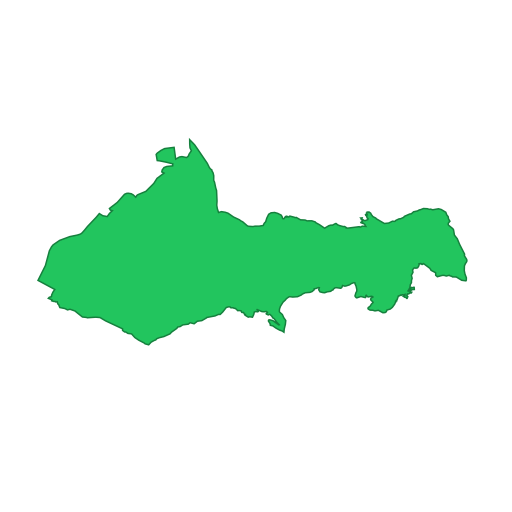 outline of Milcoiu, Vâlcea, Romania, rotated 189°
{"feature_id": "2599482B82610834296964", "entity_name": "Milcoiu", "entity_type": "district", "adm_level": 2, "iso_a3": "ROU", "parent_name": "Romania", "parent_adm1": "Vâlcea", "projection": "natural_earth1", "projection_center": [24.434, 45.034], "detail": "fine", "context": "isolated", "style": "filled", "palette": "green", "viewbox_px": 512, "rotation_deg": 189, "n_neighbors": 0, "source": "geoboundaries", "source_scale": "gbopen_adm2", "svg_char_len": 6086}
<svg xmlns="http://www.w3.org/2000/svg" viewBox="0 0 512 512"><g transform="rotate(189 256 256)"><path d="M369.6,342.2L370.5,340.7L368.5,334.8L366.3,334.9L359.3,334.6L352.6,334.0L352.4,332.0L358.1,330.5L360.7,329.0L362.1,326.3L362.2,324.3L359.8,323.5L365.9,317.2L368.3,311.7L374.9,302.6L382.1,298.2L383.1,297.3L384.0,295.3L386.9,297.2L389.0,298.0L392.1,298.0L393.6,297.6L395.5,296.4L401.4,287.2L408.2,280.0L407.0,278.5L405.0,278.3L407.4,275.1L409.1,271.7L413.6,271.8L417.4,273.4L419.9,269.2L427.0,258.9L429.3,254.9L431.5,251.5L432.8,250.2L435.8,248.7L443.0,246.0L452.4,240.7L458.1,235.3L459.4,233.1L460.9,228.8L462.5,213.6L467.5,197.8L449.5,191.5L450.9,188.6L451.8,185.3L451.6,184.4L451.8,183.8L453.7,182.9L454.5,181.7L450.6,180.7L450.8,179.8L449.0,179.5L446.9,179.6L446.6,179.3L445.2,179.7L444.3,177.7L443.3,177.1L441.7,174.4L436.6,174.2L433.7,173.3L431.4,174.3L426.3,173.4L417.9,168.6L413.8,168.8L413.0,168.6L404.7,170.5L400.4,170.8L394.4,168.4L376.4,163.2L376.1,161.6L373.8,160.4L372.8,160.6L370.4,159.5L366.7,159.6L362.9,156.5L358.6,154.5L352.9,152.6L351.8,151.9L348.1,151.5L346.1,154.5L343.0,156.9L341.9,157.4L341.2,158.7L338.9,160.1L334.4,162.0L328.7,165.7L327.6,167.5L322.9,172.1L322.2,173.6L319.8,174.5L317.6,176.5L312.2,178.1L310.6,179.8L306.5,179.4L303.7,182.4L299.4,183.7L295.1,187.2L295.0,187.6L287.1,190.4L284.0,192.4L282.2,192.7L280.1,195.5L277.3,200.5L275.2,201.5L273.7,201.7L272.7,200.9L270.5,201.3L269.4,200.9L268.2,201.0L265.3,199.1L264.4,199.5L262.1,199.5L261.4,198.2L260.9,198.0L259.5,198.3L257.9,196.2L257.3,196.5L257.2,195.7L254.1,194.4L252.6,195.0L249.9,195.0L249.1,197.7L248.9,200.4L247.5,201.1L245.8,201.1L245.1,201.5L245.3,202.0L246.6,203.1L246.5,203.3L241.5,202.0L239.2,202.2L237.2,202.9L235.9,202.2L235.8,201.9L236.9,200.9L236.7,200.3L234.7,199.7L233.5,200.5L232.9,200.4L230.6,198.7L229.9,197.6L228.3,197.0L225.4,194.1L222.3,191.7L222.7,191.5L229.2,194.8L232.1,195.1L233.2,195.0L233.6,194.4L233.5,193.6L231.5,191.4L231.0,189.8L228.4,189.6L225.0,187.9L221.1,186.5L218.4,186.0L216.5,185.1L216.7,188.2L216.3,193.2L216.5,196.9L218.9,199.4L220.8,202.3L223.9,204.3L224.3,205.0L224.5,207.3L224.0,210.1L222.1,214.6L220.2,217.0L219.3,218.6L217.5,220.4L216.5,221.1L213.3,221.2L208.6,222.3L205.1,224.6L204.3,225.6L201.6,227.4L197.1,228.5L195.1,229.6L193.3,231.7L193.4,232.7L191.9,233.2L189.4,234.6L188.5,234.6L188.8,232.5L187.2,230.6L184.0,230.3L182.3,230.5L180.2,231.7L176.7,232.8L175.8,233.9L174.6,234.6L174.4,235.4L173.0,236.9L171.6,237.3L167.2,237.4L166.3,238.4L165.9,240.4L163.8,240.1L162.6,240.4L159.2,242.1L157.5,243.7L155.1,245.0L154.1,244.9L153.8,243.9L152.4,241.8L151.1,238.4L151.0,236.9L151.6,235.2L152.0,232.1L151.6,231.4L150.6,230.6L149.9,230.4L146.1,232.4L141.5,232.0L141.2,232.3L141.3,234.2L141.0,234.5L139.6,233.3L138.7,233.1L135.8,234.3L134.3,234.1L134.1,233.7L135.8,232.4L136.0,231.1L135.7,230.5L133.4,228.9L133.1,228.4L134.5,226.5L135.4,224.3L137.1,222.6L137.2,221.7L136.9,221.2L134.9,220.4L132.4,220.7L129.9,220.4L126.6,221.5L121.8,219.8L119.7,220.3L118.6,221.3L118.2,223.1L115.1,224.6L113.3,226.6L111.5,230.1L111.3,231.2L110.8,232.1L111.0,232.7L110.6,233.1L110.8,233.4L110.0,233.8L110.3,234.4L109.8,235.0L109.1,238.9L108.2,239.0L107.4,239.6L107.3,240.0L106.2,240.1L105.6,240.7L104.1,240.7L102.8,241.4L102.7,240.5L103.4,239.4L104.1,239.2L102.6,238.5L101.3,238.5L100.6,237.7L100.1,237.8L99.7,239.7L100.8,240.5L100.5,242.3L99.2,242.4L98.6,243.4L96.8,243.8L96.5,244.6L98.0,244.7L98.5,245.5L96.4,247.2L94.4,247.7L94.8,249.6L95.1,249.9L95.9,249.4L97.0,249.2L97.9,249.3L98.2,249.7L97.9,248.4L98.1,247.7L99.0,246.7L99.8,245.2L100.4,245.3L99.1,248.6L99.1,251.9L98.3,254.0L98.6,256.1L98.3,258.4L99.5,261.2L98.4,264.4L99.2,266.9L97.9,269.0L96.1,269.0L94.6,269.6L93.8,271.2L93.5,273.0L93.8,273.8L92.3,274.3L91.5,273.7L91.0,274.3L90.1,273.8L89.3,274.7L82.3,271.0L80.8,269.2L76.0,267.6L75.5,265.1L73.6,263.9L69.0,266.0L67.3,266.3L64.9,266.0L62.1,267.2L61.2,266.7L59.6,266.6L58.7,266.1L54.9,266.6L49.0,264.2L44.8,264.3L44.5,265.0L44.8,267.4L46.8,270.9L48.0,274.2L48.6,278.9L48.0,281.2L47.0,283.4L47.0,284.6L47.4,285.6L49.9,288.5L50.2,288.9L50.3,290.5L56.7,299.3L59.9,304.5L63.3,307.7L65.0,312.8L65.9,313.8L70.4,316.4L71.1,317.1L71.2,318.5L69.9,320.7L71.6,322.7L72.4,325.0L74.0,326.4L75.4,328.9L80.3,330.9L83.1,331.2L88.7,329.3L90.9,329.6L92.0,329.2L94.3,329.5L98.0,329.1L100.9,327.4L101.9,327.1L103.5,325.8L107.3,324.3L109.2,322.0L110.8,321.5L115.6,318.4L116.3,317.2L118.9,315.5L120.6,315.0L123.4,313.1L124.3,311.9L126.7,311.7L130.1,309.3L134.3,308.2L143.0,311.6L143.6,312.2L146.7,313.2L148.6,315.0L149.4,316.2L151.2,317.1L151.5,316.7L152.2,317.0L153.2,316.7L153.2,316.1L153.6,315.7L152.7,314.4L153.9,314.3L154.3,314.0L153.9,313.3L152.7,312.8L152.9,312.3L152.0,310.8L151.2,310.6L151.2,309.5L153.7,308.0L154.9,308.0L156.9,309.1L157.5,309.7L157.3,310.2L158.5,309.9L157.8,309.3L157.9,308.8L157.7,308.5L157.0,308.5L156.2,307.9L156.8,307.0L156.1,306.2L157.7,305.6L157.5,305.3L154.1,304.6L153.4,304.2L153.0,303.2L152.2,302.4L155.7,302.1L157.5,300.8L158.6,301.1L170.0,297.8L171.3,297.9L171.2,298.2L173.1,299.0L174.4,298.7L178.2,299.1L180.3,299.6L181.9,300.6L182.5,300.5L185.5,298.3L186.7,298.3L188.7,297.4L192.6,294.2L198.3,296.9L202.0,298.2L202.8,298.9L206.4,299.5L211.0,298.7L213.2,299.2L217.7,298.7L222.3,300.4L223.5,300.0L224.3,300.3L228.7,300.7L229.2,300.5L229.5,299.8L230.3,299.6L231.7,300.1L231.8,299.3L232.7,299.2L233.1,299.5L234.2,297.3L235.1,297.0L235.8,297.6L236.3,298.8L237.5,300.3L241.2,301.5L244.4,301.9L247.9,301.0L250.0,299.2L251.3,295.0L251.8,291.4L253.1,289.4L253.6,287.3L257.5,286.0L261.7,285.3L263.6,284.6L268.1,284.2L269.2,284.4L274.5,287.7L276.4,288.3L278.1,289.2L284.3,291.0L290.3,293.9L293.3,294.4L297.1,294.4L299.8,293.1L301.6,296.7L302.7,300.0L303.1,304.2L305.2,314.5L306.4,316.9L308.5,322.4L309.6,324.1L310.3,328.7L311.4,331.4L312.9,333.3L313.0,334.0L314.8,335.0L316.0,336.2L318.6,339.9L329.6,351.6L334.0,356.2L339.7,360.5L339.0,356.3L338.1,352.5L336.3,349.8L337.9,346.5L338.6,343.8L340.0,342.4L344.7,342.6L347.1,341.8L350.5,339.1L353.9,350.5L363.1,347.8L366.4,345.4L369.6,342.2Z" fill="#22c55e" stroke="#15803d" stroke-width="1.5"/></g></svg>